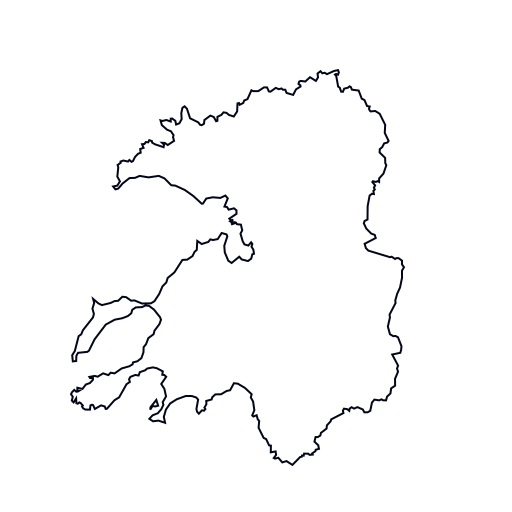 outline of Kentrikis Makedonias, Kentriki Makedonia, Greece, rotated 101°
{"feature_id": "26713481B13719921321351", "entity_name": "Kentrikis Makedonias", "entity_type": "district", "adm_level": 2, "iso_a3": "GRC", "parent_name": "Greece", "parent_adm1": "Kentriki Makedonia", "projection": "equal_earth", "projection_center": [23.125, 40.657], "detail": "fine", "context": "isolated", "style": "outline", "palette": "ink", "viewbox_px": 512, "rotation_deg": 101, "n_neighbors": 0, "source": "geoboundaries", "source_scale": "gbopen_adm2", "svg_char_len": 6103}
<svg xmlns="http://www.w3.org/2000/svg" viewBox="0 0 512 512"><g transform="rotate(101 256 256)"><path d="M372.9,100.8L369.0,100.5L365.3,97.8L360.2,98.1L356.7,94.7L350.0,96.1L342.5,94.5L339.5,96.1L336.5,95.6L326.7,103.5L323.5,95.9L320.6,95.6L316.8,96.0L308.7,101.1L307.9,103.7L308.5,106.0L307.2,109.6L300.1,113.1L290.8,112.8L288.0,113.7L275.5,110.0L273.1,110.8L266.1,110.2L259.5,108.6L249.6,108.5L242.5,109.9L238.8,108.6L236.4,111.1L232.7,111.8L230.9,115.7L231.3,117.8L232.4,118.9L230.8,122.7L231.6,124.2L229.3,146.7L227.3,149.6L223.3,151.7L215.5,141.9L212.6,143.5L212.0,147.2L208.0,153.0L203.3,156.4L200.9,156.1L198.9,153.5L185.8,155.9L175.0,156.0L172.8,154.1L172.7,152.1L169.7,153.2L168.1,152.1L166.4,153.3L164.0,152.5L161.2,155.9L160.3,155.5L160.4,152.5L159.3,150.8L159.8,149.3L156.3,149.9L150.8,146.6L142.0,145.4L140.2,146.8L135.0,148.0L130.8,154.4L127.5,154.9L125.1,152.9L121.0,151.7L119.5,148.6L117.7,147.8L110.6,153.1L102.6,154.2L92.8,161.7L90.9,166.6L92.2,171.1L91.5,172.1L90.0,173.2L87.6,172.9L87.6,175.6L82.2,179.3L81.4,182.2L74.0,186.8L74.4,193.6L72.1,195.1L71.6,196.5L73.3,197.9L74.9,201.4L78.2,202.0L78.4,203.8L74.8,205.9L74.0,207.7L64.2,211.5L62.8,213.1L62.0,212.1L62.4,210.1L60.0,209.7L57.9,210.9L59.4,214.6L64.0,221.1L63.0,223.5L64.0,225.8L62.3,227.9L65.1,230.4L68.9,229.2L72.7,230.6L70.2,237.1L75.3,240.9L75.6,245.5L76.6,246.9L79.0,247.1L79.9,245.1L81.1,244.6L84.8,248.5L90.8,250.3L90.1,257.1L87.2,259.0L87.6,261.5L86.7,262.9L87.9,265.4L87.2,268.7L91.9,273.1L92.0,274.8L88.4,277.3L89.0,280.4L93.7,285.2L94.7,290.2L94.2,292.1L103.6,294.3L105.7,297.3L108.2,297.7L110.7,300.9L109.1,301.9L109.8,303.3L117.7,302.1L123.3,304.4L122.7,309.4L121.1,312.3L121.2,315.3L124.2,317.0L126.7,320.4L130.7,319.7L131.3,320.9L127.6,324.0L126.9,327.6L132.4,332.6L136.1,332.3L137.9,334.2L137.9,335.9L135.8,338.2L133.4,347.0L124.6,351.9L122.7,354.7L124.6,356.5L130.0,356.6L135.8,355.1L140.3,356.5L142.2,359.5L138.7,361.0L137.0,364.6L137.5,365.9L140.3,365.4L139.6,370.0L141.3,373.6L141.1,375.6L145.5,373.4L149.0,367.4L149.8,363.3L153.1,360.0L155.2,360.1L158.6,358.4L163.9,363.8L162.4,367.1L162.8,369.8L164.2,367.5L166.8,367.5L165.6,376.6L164.5,379.6L163.1,380.1L162.7,382.9L165.0,383.5L165.2,385.9L167.3,386.9L168.0,389.2L171.3,387.0L173.1,390.1L176.6,388.9L178.2,391.3L181.7,393.6L186.3,394.9L187.3,396.2L185.9,398.6L187.7,399.7L187.6,404.4L189.1,407.0L190.3,406.6L193.1,409.2L195.3,408.1L204.5,407.3L208.7,403.8L213.4,405.6L215.0,409.5L217.4,406.7L216.1,404.1L210.3,400.8L203.6,395.0L202.4,389.7L199.6,385.5L199.3,376.4L195.9,366.7L197.3,360.6L202.7,352.7L202.3,348.6L204.8,338.4L209.1,328.9L215.0,319.3L214.7,318.1L209.1,315.8L206.6,309.6L205.8,302.1L202.5,297.6L204.8,294.7L213.5,296.4L213.5,293.7L215.7,291.7L213.4,286.7L214.9,283.9L218.3,283.2L224.4,289.3L225.8,287.6L224.7,285.2L226.9,288.0L227.5,286.6L227.1,284.4L229.8,286.3L227.2,281.9L228.4,280.8L228.1,276.8L233.5,274.4L237.0,275.5L244.0,271.9L246.8,269.6L247.2,265.5L243.5,263.4L244.9,261.9L247.7,262.2L250.3,259.8L254.2,258.4L255.0,259.9L259.5,260.2L262.5,262.9L262.1,269.4L259.9,272.3L267.5,278.6L265.9,282.3L258.5,287.3L252.1,289.1L242.2,287.9L240.4,289.1L240.0,294.1L246.7,296.8L248.5,301.2L248.4,304.0L251.3,305.5L254.6,311.6L252.4,316.5L261.4,315.3L263.6,317.1L268.2,318.3L272.7,322.8L273.9,327.5L287.7,333.0L294.4,338.5L299.1,339.0L303.6,342.0L311.8,343.8L319.8,347.1L322.5,350.1L323.6,355.1L325.7,354.9L325.3,351.6L328.1,345.9L334.4,338.5L336.7,337.1L341.3,337.8L348.7,341.4L352.3,341.6L357.1,346.0L363.5,347.1L366.9,348.9L372.0,348.1L378.1,349.0L382.0,352.4L383.9,356.4L385.9,356.5L388.4,359.3L392.0,366.4L398.2,372.4L398.3,376.4L401.1,378.2L400.4,383.7L404.7,388.4L404.5,391.5L406.5,396.5L407.4,395.7L407.1,392.7L408.7,392.5L412.4,394.8L414.6,398.5L419.6,401.0L419.4,406.2L422.3,405.7L422.1,404.0L423.1,405.1L423.5,406.6L422.1,408.9L425.0,410.7L427.0,411.2L429.1,409.0L433.1,409.2L434.5,407.1L430.1,405.4L434.8,404.2L435.0,402.8L433.4,401.4L433.8,400.1L435.8,397.5L436.9,398.1L438.5,396.6L439.3,394.3L438.5,389.7L434.2,390.0L433.3,388.6L433.5,387.4L436.9,385.0L432.2,379.6L432.6,375.7L434.8,374.4L434.4,373.2L424.6,367.4L420.9,363.4L406.5,358.6L403.7,355.8L401.1,357.1L398.6,356.2L395.8,351.8L395.7,348.4L392.2,347.9L389.4,343.1L387.2,341.3L385.0,335.9L385.1,331.9L387.0,325.5L390.5,325.3L390.3,323.3L391.7,321.1L399.7,324.6L403.9,320.6L411.0,317.5L417.3,319.7L419.7,318.5L424.4,319.7L429.1,322.4L432.1,327.1L436.2,329.6L437.9,325.5L436.2,320.4L437.1,313.4L431.5,315.8L423.9,315.1L417.1,312.1L411.8,306.5L406.8,298.2L405.7,292.2L406.3,287.7L408.0,285.4L417.5,285.3L420.0,284.2L421.7,282.0L417.8,279.6L417.8,277.5L415.9,276.5L414.7,277.7L410.9,276.4L407.8,277.2L405.3,272.2L403.0,272.0L399.6,269.5L398.4,263.9L394.1,259.1L392.7,255.8L385.1,253.4L384.8,249.5L387.6,241.7L392.5,233.9L395.9,234.1L399.4,231.1L407.7,228.2L413.2,229.3L414.1,228.0L412.2,225.0L416.0,223.1L417.3,221.4L424.1,220.7L433.1,213.8L433.8,211.1L439.4,207.0L439.3,205.2L445.9,204.0L444.1,199.5L447.3,198.3L450.9,200.0L451.3,198.8L449.8,195.6L453.6,190.8L451.5,187.0L454.1,180.4L444.9,174.3L444.3,172.8L443.0,172.7L442.9,171.1L440.8,171.1L440.1,166.9L441.0,165.5L440.1,162.5L439.1,163.2L436.2,160.4L434.8,160.4L433.3,157.4L429.9,158.8L427.1,163.2L422.4,163.0L422.0,160.9L420.0,158.6L417.2,158.5L411.9,153.8L408.7,154.1L404.1,151.2L402.0,151.0L393.5,140.2L391.3,141.2L389.1,140.5L388.9,137.3L390.2,134.9L387.8,134.9L386.2,133.3L387.1,130.6L385.0,127.6L386.3,121.8L388.8,119.8L388.1,116.6L386.2,114.3L377.8,114.2L374.4,112.4L374.2,107.5L372.8,105.6L373.4,103.4L372.9,100.8ZM332.4,367.2L329.4,364.2L327.9,358.1L325.7,355.1L323.6,355.3L324.4,358.8L322.8,366.9L323.7,370.0L321.2,375.6L321.5,379.4L326.3,382.8L327.2,386.2L329.8,389.7L333.6,397.9L332.6,401.6L329.2,407.7L333.0,405.9L338.9,406.5L343.7,404.1L347.4,404.3L362.0,411.8L366.2,412.6L368.5,414.8L383.8,415.7L388.5,417.5L394.4,415.7L393.4,412.5L388.1,413.3L385.0,412.2L382.3,403.3L380.8,401.9L368.7,398.6L352.0,390.4L345.5,382.6L342.6,375.4L339.4,370.3L336.0,367.5L332.4,367.2ZM423.0,328.9L422.9,326.1L421.6,323.5L416.3,326.4L424.6,330.7L427.0,330.5L423.0,328.9Z" fill="none" stroke="#020617" stroke-width="2"/></g></svg>